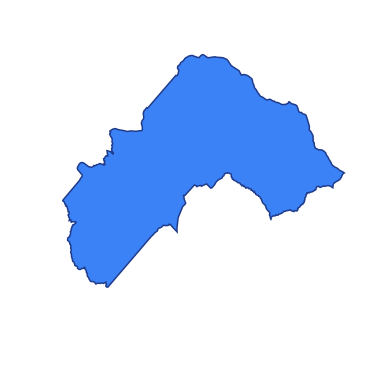 outline of Yantzaza, Zamora Chinchipe, Ecuador, rotated 131°
{"feature_id": "8360857B42265273644391", "entity_name": "Yantzaza", "entity_type": "district", "adm_level": 2, "iso_a3": "ECU", "parent_name": "Ecuador", "parent_adm1": "Zamora Chinchipe", "projection": "mercator", "projection_center": [-78.581, -3.714], "detail": "fine", "context": "isolated", "style": "filled", "palette": "blue", "viewbox_px": 384, "rotation_deg": 131, "n_neighbors": 0, "source": "geoboundaries", "source_scale": "gbopen_adm2", "svg_char_len": 6050}
<svg xmlns="http://www.w3.org/2000/svg" viewBox="0 0 384 384"><g transform="rotate(131 192 192)"><path d="M158.0,281.5L162.6,281.4L162.6,281.2L163.2,280.9L164.5,280.5L167.5,277.2L168.4,276.7L171.0,276.4L172.5,275.8L173.7,274.9L175.4,272.3L176.8,271.0L177.4,270.5L178.8,270.2L180.2,271.8L182.7,273.8L186.0,278.2L188.8,280.6L190.9,284.6L192.8,287.6L194.6,291.7L196.7,293.1L199.7,294.0L200.2,293.7L200.1,293.0L200.4,292.6L201.7,292.5L202.1,292.3L203.1,290.6L204.2,287.3L205.3,286.2L206.7,285.3L207.7,283.3L209.4,283.3L210.0,282.2L210.7,281.4L212.0,281.2L212.3,280.5L213.2,280.0L213.9,278.5L214.1,277.2L214.5,276.7L215.2,276.5L215.4,277.3L214.9,278.6L215.0,280.1L216.6,283.3L220.1,279.2L220.3,279.9L221.1,280.6L222.5,280.6L223.6,280.2L225.0,280.5L225.5,279.6L226.0,279.3L226.0,278.5L226.7,277.9L226.3,277.9L226.6,277.6L228.8,276.7L228.2,276.2L228.7,275.7L229.5,276.2L229.6,277.5L230.3,278.4L230.7,279.9L231.0,280.2L233.1,281.1L234.2,282.0L235.6,282.2L236.4,283.5L238.0,283.4L239.5,284.2L240.1,285.7L240.7,286.6L241.0,291.8L241.6,293.9L242.5,295.0L244.5,295.5L248.4,294.7L249.6,293.9L250.2,292.4L251.2,286.1L251.9,285.3L255.0,285.0L256.8,284.5L282.4,284.1L282.7,283.8L283.2,283.9L283.5,283.6L283.3,281.8L284.4,280.0L284.3,279.2L284.7,279.1L284.7,277.9L285.4,277.9L285.2,276.7L285.5,275.8L286.3,275.0L287.0,273.7L288.2,272.6L287.8,271.9L288.1,271.3L289.2,270.4L289.7,270.3L290.1,270.6L291.0,270.0L291.1,269.3L291.7,268.7L292.4,266.8L294.1,266.0L292.8,265.3L292.6,264.9L294.0,263.7L294.0,263.3L292.8,262.8L292.2,261.6L290.9,260.6L290.9,259.8L291.7,259.4L294.0,259.7L295.2,260.4L295.7,260.0L297.1,259.8L297.9,259.1L299.1,259.0L300.2,257.9L301.8,257.8L302.6,256.7L303.8,255.9L304.9,255.8L305.4,255.2L306.7,255.1L307.1,255.5L307.9,255.6L308.8,255.3L310.1,254.1L310.2,251.4L310.7,250.6L311.4,250.2L311.6,249.0L312.3,247.8L314.0,246.8L314.4,245.7L315.0,245.1L316.7,244.3L317.8,243.0L318.0,242.2L319.9,240.5L320.5,239.2L321.2,238.6L321.2,238.0L322.6,236.6L322.3,235.2L323.6,233.0L324.3,232.3L324.2,231.5L323.9,231.4L323.5,230.3L323.9,228.9L324.7,228.3L324.6,226.8L324.1,225.8L323.6,225.4L322.3,225.1L321.4,224.2L320.6,223.9L320.1,224.0L319.2,223.6L319.8,222.7L320.3,222.5L320.4,221.2L321.2,219.6L321.9,219.2L322.1,217.8L323.0,217.2L323.2,216.5L324.2,215.8L324.4,214.0L325.2,212.5L325.9,210.4L325.7,209.2L324.7,208.2L324.1,206.6L324.5,204.1L323.2,203.8L322.2,202.7L321.7,202.4L321.1,201.1L319.8,200.5L319.1,198.8L316.5,197.9L317.0,196.9L317.5,196.8L318.1,196.1L318.5,196.0L319.7,195.0L319.5,194.6L319.7,194.1L319.0,193.1L251.4,193.6L250.7,193.3L247.2,193.3L244.2,192.6L242.2,193.4L240.7,193.1L239.3,192.2L237.3,191.8L236.3,191.9L235.5,191.4L234.9,190.0L233.0,188.4L233.0,188.2L232.1,187.9L231.4,188.1L231.3,187.2L230.6,187.0L230.6,186.5L231.0,185.7L231.9,177.1L229.4,179.5L220.5,185.6L209.6,189.3L208.0,189.5L206.6,189.2L205.1,189.3L204.5,189.5L202.8,192.8L201.9,194.0L201.0,194.7L200.2,196.1L199.2,195.1L185.2,194.8L184.5,192.9L184.8,191.9L184.1,191.4L183.2,191.3L181.3,189.7L181.2,189.4L181.5,188.8L181.1,188.5L178.5,187.4L176.3,186.2L176.8,180.5L175.8,179.7L171.8,179.7L168.4,180.4L165.3,180.0L161.8,178.5L160.0,179.0L159.0,178.7L158.3,178.8L157.0,179.4L154.9,178.4L154.6,177.6L153.4,176.6L152.9,174.0L153.1,173.6L154.7,172.4L155.0,170.9L155.5,170.6L155.7,169.6L155.4,169.1L155.6,168.6L155.4,167.2L155.0,166.6L154.8,165.4L155.0,164.9L154.7,164.4L154.8,163.3L153.9,162.2L154.0,160.9L154.4,160.4L154.2,159.0L154.5,158.3L153.6,158.3L153.5,158.0L153.5,157.4L153.9,156.7L153.3,156.3L153.5,155.2L153.1,154.6L153.7,153.9L151.9,152.5L152.2,151.0L151.3,150.3L151.0,149.1L151.9,148.6L151.3,147.6L151.5,146.6L151.1,146.4L150.9,145.5L151.6,145.0L151.0,144.5L151.4,144.0L151.4,143.2L151.9,142.3L151.6,140.7L151.2,139.9L151.5,139.0L151.2,138.7L151.2,137.1L151.9,135.8L151.7,135.2L152.5,134.1L153.8,131.6L154.0,127.6L154.6,127.1L155.0,125.9L155.8,125.0L156.3,122.6L156.3,121.2L156.8,119.7L157.4,118.9L158.5,118.6L158.9,117.5L160.3,115.6L160.8,114.5L160.2,114.6L160.1,115.4L159.5,115.7L158.0,115.5L156.6,115.0L156.4,114.5L155.2,113.5L154.2,113.5L154.2,113.1L152.8,111.8L151.8,111.9L150.4,110.9L149.8,110.6L149.2,110.6L148.2,110.0L146.5,110.0L145.5,109.0L144.6,108.7L142.1,106.7L140.9,106.0L141.0,104.5L140.5,103.5L140.0,103.1L140.0,102.3L138.0,101.7L137.5,100.4L136.0,100.5L135.4,100.8L135.2,101.5L134.8,101.6L133.4,101.0L132.2,100.9L131.2,101.1L130.3,100.9L129.6,101.2L129.4,100.8L128.5,100.4L128.1,100.4L127.2,100.9L126.7,100.5L125.4,100.9L124.9,101.6L123.8,101.6L122.7,102.9L121.3,102.9L120.1,103.4L119.4,104.1L118.4,104.1L118.0,104.4L117.4,104.0L117.2,104.5L115.9,103.7L115.7,102.9L114.5,102.7L113.4,101.6L110.5,100.5L109.9,100.7L109.2,100.0L106.7,101.2L105.5,100.9L104.6,100.2L104.7,99.0L104.1,98.0L101.2,96.8L100.8,95.7L97.9,93.6L96.8,91.3L96.4,88.5L93.8,90.3L92.7,90.7L89.0,89.8L87.2,89.0L85.8,88.7L83.3,88.9L80.0,89.9L78.4,89.9L77.7,89.6L77.8,91.0L78.8,94.9L78.7,97.7L79.5,100.8L79.7,104.2L78.3,107.0L77.6,109.7L76.7,111.7L76.2,113.1L76.0,114.6L74.8,116.7L74.6,118.4L74.9,121.3L77.0,124.2L78.0,127.7L76.5,130.3L74.6,132.3L74.1,134.3L73.0,134.7L72.2,135.8L70.5,137.1L69.7,138.5L68.3,142.5L68.3,144.3L65.8,146.1L65.2,146.8L59.8,155.3L59.3,156.3L59.5,158.2L60.3,159.5L60.2,161.7L61.0,162.5L61.4,164.0L59.1,167.5L58.1,169.6L58.3,171.1L60.1,175.0L60.1,177.7L60.5,178.1L61.9,177.6L63.3,178.4L64.4,178.6L65.6,180.1L66.5,180.8L67.3,182.4L67.6,184.1L68.2,186.1L69.2,187.2L69.5,188.3L69.4,189.4L70.3,190.7L70.7,193.7L71.9,194.9L72.9,195.4L73.6,196.4L74.2,201.4L74.8,202.9L74.6,204.7L74.1,205.6L73.9,207.3L72.7,210.6L72.5,212.8L70.2,216.4L69.9,217.6L67.8,220.0L67.3,221.4L67.5,225.7L68.0,227.5L69.2,229.8L71.4,231.6L69.6,236.1L70.7,243.4L70.8,245.7L69.2,251.4L69.1,253.1L70.5,257.0L74.5,262.4L74.9,263.4L80.3,268.1L80.8,272.8L81.3,274.1L82.9,274.8L86.0,274.8L87.1,276.9L88.8,281.5L91.1,283.4L93.3,284.1L94.5,284.8L96.3,284.9L98.4,284.6L102.0,285.4L104.1,284.7L105.6,285.3L106.2,285.2L107.3,284.8L108.0,284.2L108.4,283.5L108.7,281.9L112.3,279.8L113.6,279.6L114.1,279.7L114.5,280.6L114.8,280.7L157.9,280.5L158.0,281.5Z" fill="#3b82f6" stroke="#1e3a8a" stroke-width="1.5"/></g></svg>